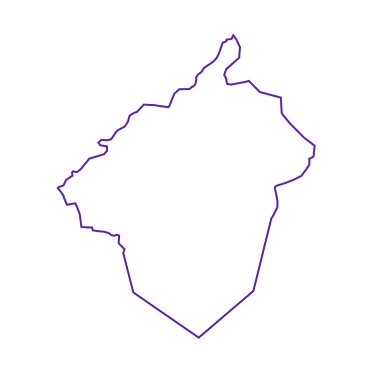 Sharg Al Jazirah, Gezira, Sudan (Robinson projection), rotated 77°
{"feature_id": "16777658B60089924012173", "entity_name": "Sharg Al Jazirah", "entity_type": "district", "adm_level": 2, "iso_a3": "SDN", "parent_name": "Sudan", "parent_adm1": "Gezira", "projection": "robinson", "projection_center": [33.472, 15.011], "detail": "fine", "context": "isolated", "style": "outline", "palette": "violet", "viewbox_px": 384, "rotation_deg": 77, "n_neighbors": 0, "source": "geoboundaries", "source_scale": "gbopen_adm2", "svg_char_len": 1863}
<svg xmlns="http://www.w3.org/2000/svg" viewBox="0 0 384 384"><g transform="rotate(77 192 192)"><path d="M184.8,65.6L175.4,62.4L174.5,62.1L164.0,70.8L147.3,81.1L137.5,86.0L135.0,86.8L120.0,84.2L109.8,103.5L108.0,104.5L96.5,111.7L96.7,115.4L96.1,129.9L94.6,133.3L92.3,133.5L89.1,133.2L85.2,134.3L80.1,131.1L71.7,115.8L61.8,112.7L57.9,113.5L53.3,114.5L48.6,116.5L51.8,119.1L51.3,124.0L52.8,124.6L53.3,127.1L53.3,128.4L61.0,133.3L63.2,134.7L67.1,138.0L69.5,141.6L70.8,144.5L73.9,152.5L77.2,155.9L79.1,160.1L81.2,162.2L83.6,162.6L87.2,164.2L88.2,165.1L89.6,167.3L89.5,168.4L91.1,171.2L89.0,181.3L92.4,187.3L102.6,194.4L104.1,195.9L98.8,209.5L98.1,212.0L96.0,219.3L101.4,227.3L102.0,231.4L103.6,235.6L109.2,238.7L113.0,242.7L115.2,250.5L117.0,253.2L119.3,255.4L120.0,256.2L122.6,259.4L122.3,263.7L120.8,268.7L122.9,272.1L125.8,270.9L128.5,264.6L132.7,265.4L135.4,269.3L136.4,284.6L144.6,295.1L146.7,299.5L145.7,302.1L145.0,303.1L145.9,304.4L149.1,304.8L152.0,312.0L153.9,313.5L156.6,315.7L157.3,320.9L158.1,321.9L161.9,319.9L167.0,318.0L169.1,318.0L176.3,316.7L176.8,308.2L180.4,307.4L188.4,306.4L201.2,307.6L203.4,300.3L204.1,297.3L207.0,297.3L209.3,291.7L210.8,286.8L213.3,282.4L215.8,280.2L217.2,277.5L216.8,275.2L218.1,272.8L225.5,275.0L232.5,270.7L236.0,272.7L276.6,271.8L295.0,255.1L312.4,239.2L335.3,218.3L335.4,218.2L331.5,210.7L327.7,203.3L324.8,197.8L319.0,186.7L315.7,180.4L307.4,164.3L304.3,158.3L302.3,154.5L290.7,148.6L272.3,139.2L265.4,135.8L250.4,128.1L241.8,123.8L235.7,120.7L233.1,118.1L226.1,112.3L224.6,111.9L220.5,110.8L213.4,110.5L207.5,110.5L205.4,109.7L204.8,107.2L204.3,99.6L203.0,90.5L200.8,81.6L198.6,79.1L197.5,77.8L196.9,77.1L196.7,76.8L196.5,76.6L196.4,76.5L196.2,76.3L196.1,76.1L195.7,75.7L195.4,75.4L195.2,75.2L194.7,74.7L194.3,74.2L191.9,71.7L187.8,70.5L186.2,70.5L184.8,65.6Z" fill="none" stroke="#5b21b6" stroke-width="2"/></g></svg>